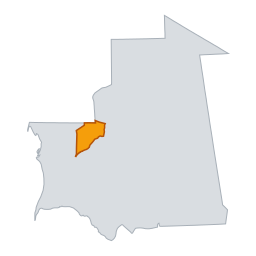 Atar, Adrar, Mauritania shown in context
{"feature_id": "47542326B12791497255333", "entity_name": "Atar", "entity_type": "district", "adm_level": 2, "iso_a3": "MRT", "parent_name": "Mauritania", "parent_adm1": "Adrar", "projection": "albers", "projection_center": [-13.574, 20.45], "detail": "fine", "context": "in_parent", "style": "filled", "palette": "amber", "viewbox_px": 256, "rotation_deg": 0, "n_neighbors": 0, "source": "geoboundaries", "source_scale": "gbopen_adm2", "svg_char_len": 3974}
<svg xmlns="http://www.w3.org/2000/svg" viewBox="0 0 256 256"><path d="M108.5,239.5L108.1,239.4L106.2,238.1L105.3,236.6L103.9,235.5L101.8,234.7L100.5,233.8L99.9,232.8L99.2,232.2L98.4,231.9L98.3,231.5L98.5,231.0L98.3,230.1L97.1,228.1L96.0,227.2L95.1,227.3L94.5,227.1L94.2,226.6L94.1,226.0L93.4,225.4L92.3,225.2L91.4,223.7L90.7,221.0L89.9,218.8L88.8,217.3L88.0,216.7L87.5,216.6L87.3,216.4L87.1,215.9L86.3,215.8L85.1,216.2L84.0,216.1L83.5,215.3L82.8,215.3L81.9,215.9L80.9,215.7L79.8,214.7L79.2,213.8L79.0,212.8L77.1,210.9L73.5,208.0L69.5,206.6L65.1,206.7L62.7,206.6L62.1,206.1L61.6,206.2L61.1,206.7L60.5,206.8L59.9,206.5L59.5,206.7L59.3,207.4L57.8,207.8L54.9,207.8L52.5,208.2L50.7,209.1L48.2,209.4L44.9,209.3L42.9,208.9L42.3,208.4L41.3,208.2L40.1,208.5L39.0,209.9L38.0,212.5L37.1,213.9L36.5,214.3L35.8,216.2L35.4,219.4L34.8,220.8L34.9,212.8L35.9,209.8L36.2,207.2L38.4,201.4L40.8,196.7L43.1,190.4L44.0,184.3L43.9,178.3L43.3,172.9L42.2,169.4L41.2,164.3L39.7,161.5L36.9,159.1L36.3,157.8L36.9,157.3L38.7,156.9L39.8,155.1L37.5,155.8L40.3,150.2L41.2,146.4L41.1,143.9L41.6,142.3L39.6,138.9L38.1,134.7L37.3,134.0L36.4,133.6L36.3,134.6L35.8,135.5L34.9,134.9L33.1,131.8L30.8,126.8L29.9,126.2L29.2,126.9L28.7,127.5L27.8,131.7L27.6,130.0L28.0,128.1L28.6,125.7L29.4,122.4L31.5,122.4L35.3,122.5L43.0,122.6L46.8,122.7L54.5,122.7L58.3,122.8L66.0,122.8L69.8,122.9L77.4,122.9L81.3,122.9L88.9,122.9L92.7,122.9L95.3,122.9L95.1,120.5L95.0,118.6L94.8,116.1L94.7,113.5L94.5,111.0L94.3,108.6L94.2,106.3L94.0,104.1L93.9,102.0L93.7,100.9L92.9,98.6L92.7,97.4L92.9,96.2L93.4,95.1L94.9,93.0L97.1,91.4L99.7,89.6L101.7,88.1L102.7,87.8L105.7,87.3L108.2,86.2L110.5,85.1L111.5,84.5L111.6,82.6L111.2,39.4L122.6,39.3L125.6,39.2L146.7,38.8L149.8,38.7L165.1,38.3L165.0,36.3L165.0,33.4L164.8,29.4L164.7,25.4L164.5,18.3L164.4,15.4L167.5,17.2L173.6,21.0L176.7,22.8L182.9,26.6L189.1,30.3L195.4,34.0L198.5,35.8L201.6,37.6L204.7,39.5L207.9,41.3L214.1,45.0L216.8,46.5L220.8,49.0L224.6,51.3L228.4,53.5L222.7,53.9L215.1,54.2L209.9,54.5L204.6,54.7L199.6,55.0L200.2,59.0L200.9,63.4L201.5,67.8L202.2,72.3L202.9,76.7L204.8,90.0L205.5,94.4L206.2,98.8L206.8,103.2L207.5,107.7L208.9,116.5L209.5,120.9L210.2,125.4L210.9,129.8L211.6,134.2L212.3,138.7L213.6,147.5L214.3,151.9L215.0,156.4L215.7,160.8L216.4,165.2L217.1,169.7L217.8,174.1L218.5,178.5L219.9,187.3L220.6,191.8L221.3,196.2L222.0,200.6L222.6,204.9L224.8,207.0L227.5,209.8L227.0,213.8L226.3,218.6L225.6,223.9L218.4,224.3L211.3,224.6L193.7,225.3L190.1,225.4L172.5,226.0L169.0,226.1L162.1,226.3L160.1,226.3L159.4,225.9L159.0,223.2L158.4,223.4L157.8,224.2L157.4,225.1L157.6,226.2L157.5,227.1L155.2,227.6L152.2,228.3L148.9,228.8L145.7,228.7L144.6,228.5L143.4,228.2L140.8,227.9L139.4,227.9L137.7,228.0L135.8,228.2L135.2,228.7L133.8,230.8L132.5,233.1L131.5,233.2L130.5,231.9L127.7,229.5L124.2,226.4L122.6,224.8L121.8,224.6L120.2,225.8L118.8,226.9L117.4,228.4L116.8,229.9L116.2,231.7L116.0,233.7L115.5,236.1L114.4,238.1L113.0,239.6L111.9,240.3L111.5,240.6L108.5,239.5ZM38.7,151.6L37.6,153.3L37.2,152.7L37.0,151.5L38.0,149.9L38.5,149.1L39.3,148.8L38.7,151.6Z" fill="#d9dde1" stroke="#a8b0b8" stroke-width="1"/><path d="M75.3,156.9L75.7,156.3L75.9,156.2L76.0,156.3L76.2,156.0L76.5,155.4L77.3,154.6L77.7,154.0L78.1,153.7L78.4,153.4L78.5,153.5L78.8,153.3L79.0,153.1L79.2,152.7L79.6,152.5L79.7,152.4L79.8,152.3L79.9,152.2L80.0,152.1L80.3,152.2L80.5,151.8L80.8,151.8L81.8,151.3L82.3,151.1L82.5,151.2L82.9,150.8L84.4,150.1L84.6,150.0L86.5,149.4L88.0,148.5L88.6,147.8L89.3,147.2L89.8,145.3L90.4,144.5L90.6,144.3L92.4,142.3L93.2,141.3L94.0,140.3L94.5,139.4L95.2,139.0L97.6,138.2L98.5,136.9L100.1,136.0L101.8,136.4L102.8,136.3L103.5,136.2L103.8,134.7L104.4,131.8L104.1,129.5L104.6,127.9L104.6,126.7L104.6,125.0L105.2,123.6L99.6,122.2L95.2,120.5L95.5,122.9L92.8,122.9L88.6,122.8L84.7,122.9L84.4,122.9L84.3,124.5L84.3,124.9L84.3,125.3L82.1,126.7L81.0,127.5L80.5,127.8L76.8,130.2L76.3,130.6L76.9,134.0L76.5,147.1L76.4,154.2L75.3,156.9Z" fill="#f59e0b" stroke="#b45309" stroke-width="1.5"/></svg>